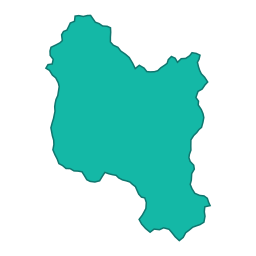 the district of Contagem, Minas Gerais, Brazil
{"feature_id": "56859067B35931287026630", "entity_name": "Contagem", "entity_type": "district", "adm_level": 2, "iso_a3": "BRA", "parent_name": "Brazil", "parent_adm1": "Minas Gerais", "projection": "robinson", "projection_center": [-44.079, -19.891], "detail": "fine", "context": "isolated", "style": "filled", "palette": "teal", "viewbox_px": 256, "rotation_deg": 0, "n_neighbors": 0, "source": "geoboundaries", "source_scale": "gbopen_adm2", "svg_char_len": 2016}
<svg xmlns="http://www.w3.org/2000/svg" viewBox="0 0 256 256"><path d="M200.0,55.2L196.2,53.4L192.0,52.7L189.7,55.7L185.7,58.4L181.2,58.7L177.5,62.3L175.1,58.2L171.4,56.5L168.3,59.6L167.1,63.4L164.4,65.4L160.9,67.7L157.8,70.7L154.5,71.7L150.3,71.9L146.8,71.6L144.1,68.1L139.3,65.3L135.2,68.6L132.7,63.4L129.2,57.5L125.5,54.3L120.7,51.0L117.9,47.3L113.3,45.2L110.4,42.0L110.4,37.2L110.7,32.2L110.5,27.8L107.2,26.3L102.6,26.0L99.1,23.6L95.3,22.2L92.6,18.3L90.6,15.4L87.5,15.5L83.3,16.5L78.8,15.6L75.1,16.1L74.5,21.3L70.3,23.0L68.5,26.9L66.9,30.1L63.5,31.5L61.6,34.8L62.3,40.6L60.0,42.8L56.2,44.8L51.0,47.3L50.0,51.0L50.2,55.4L53.2,59.3L52.2,64.0L48.0,64.6L45.9,68.2L49.5,70.4L52.4,75.1L55.7,77.8L58.3,82.8L59.2,86.6L58.5,91.1L57.8,95.5L56.0,99.5L55.2,103.3L54.7,106.7L55.0,111.3L53.5,118.6L52.1,123.2L50.9,127.8L52.4,135.8L53.7,140.2L53.9,144.5L52.9,149.8L55.0,154.8L57.2,159.0L58.9,163.6L62.5,165.5L66.0,168.5L70.1,168.6L74.0,170.9L78.0,171.1L82.0,171.8L84.3,175.5L86.8,179.7L90.1,181.4L94.9,182.0L99.6,180.8L102.4,176.2L104.9,172.4L108.9,173.8L112.6,174.7L116.1,175.3L118.7,177.9L122.5,179.9L126.2,180.8L129.9,182.0L132.5,184.4L135.4,186.6L137.0,190.3L138.7,194.1L141.4,197.1L144.8,197.9L146.3,202.5L145.9,208.5L144.0,212.1L142.2,215.3L139.1,219.4L141.6,224.0L145.6,228.5L150.1,232.2L154.1,229.1L159.5,229.7L163.6,227.8L169.1,229.3L171.9,232.6L175.2,236.8L179.3,240.6L183.2,237.4L185.7,232.7L188.7,230.5L192.7,227.2L196.2,225.9L200.0,224.6L203.9,222.2L205.0,216.3L204.3,211.7L204.8,206.8L210.1,205.6L208.6,202.3L207.3,198.3L204.0,195.9L199.6,195.4L194.8,193.3L192.0,188.8L190.2,184.4L191.3,180.3L191.7,173.6L194.3,169.1L193.7,165.2L190.2,161.5L188.9,157.7L189.4,154.3L190.9,150.2L190.8,146.2L190.9,139.9L193.7,135.5L196.7,132.6L199.0,129.5L201.5,127.4L202.9,122.4L203.8,117.6L203.0,113.7L201.3,109.6L198.2,104.9L198.5,101.2L195.9,97.5L198.0,91.4L202.1,89.1L205.0,84.9L207.7,82.0L204.6,77.2L201.3,73.8L199.7,70.5L198.5,66.9L197.4,62.3L199.0,59.3L200.0,55.2Z" fill="#14b8a6" stroke="#0f766e" stroke-width="1.5"/></svg>